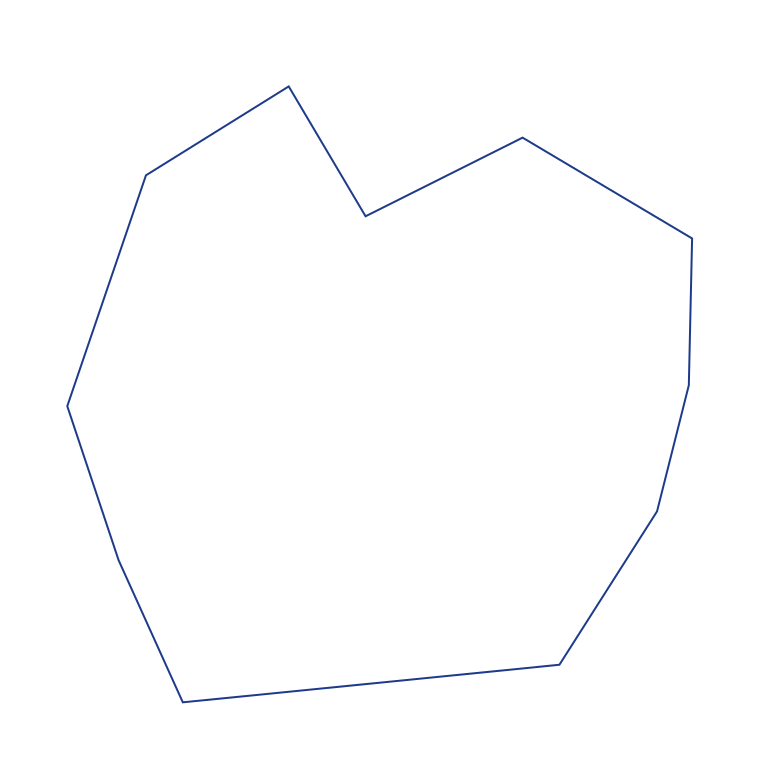 map outline of Iklin (Robinson projection), rotated 86°
{"feature_id": "MLT-5931", "entity_name": "Iklin", "entity_type": "state/province", "adm_level": 1, "iso_a3": "MLT", "parent_name": "Malta", "parent_adm1": "", "projection": "robinson", "projection_center": [14.454, 35.906], "detail": "fine", "context": "isolated", "style": "outline", "palette": "blue", "viewbox_px": 768, "rotation_deg": 86, "n_neighbors": 0, "source": "natural_earth", "source_scale": "10m", "svg_char_len": 305}
<svg xmlns="http://www.w3.org/2000/svg" viewBox="0 0 768 768"><g transform="rotate(86 384 384)"><path d="M260.3,66.5L406.5,80.0L530.1,120.5L676.3,228.6L687.5,606.9L541.4,661.0L384.0,701.5L159.2,606.9L80.5,458.3L215.4,390.7L147.9,228.6L260.3,66.5Z" fill="none" stroke="#1e3a8a" stroke-width="2"/></g></svg>